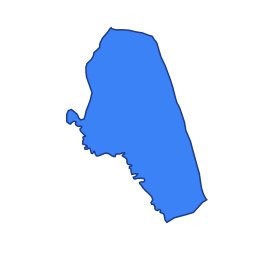 Bokon, Grand Kru, Liberia, rotated 255°
{"feature_id": "62588387B4912984440097", "entity_name": "Bokon", "entity_type": "district", "adm_level": 2, "iso_a3": "LBR", "parent_name": "Liberia", "parent_adm1": "Grand Kru", "projection": "robinson", "projection_center": [-8.486, 5.036], "detail": "fine", "context": "isolated", "style": "filled", "palette": "blue", "viewbox_px": 256, "rotation_deg": 255, "n_neighbors": 0, "source": "geoboundaries", "source_scale": "gbopen_adm2", "svg_char_len": 2664}
<svg xmlns="http://www.w3.org/2000/svg" viewBox="0 0 256 256"><g transform="rotate(255 128 128)"><path d="M153.3,71.3L152.8,71.2L149.9,70.5L147.6,72.1L147.2,72.7L146.7,73.5L147.9,75.4L148.4,76.8L148.4,78.0L147.5,79.2L146.6,79.0L145.6,78.2L144.2,78.6L142.8,79.9L142.3,81.0L142.0,82.6L141.4,83.7L140.5,83.3L139.8,81.7L138.5,81.2L136.8,81.6L134.8,82.8L133.5,83.5L131.9,84.7L131.1,84.7L131.2,83.1L130.8,82.2L129.8,81.9L128.5,82.3L127.5,81.2L126.2,80.7L124.6,80.2L123.8,80.3L123.3,81.9L122.2,83.0L121.0,84.0L120.2,83.8L120.8,82.7L120.6,81.6L119.8,80.9L118.7,81.0L118.2,82.3L118.1,83.5L118.6,85.2L118.1,85.9L117.1,86.2L115.3,86.0L113.1,86.1L112.5,86.9L113.1,88.0L114.3,89.2L114.0,89.6L111.7,89.6L110.9,89.7L109.3,90.3L108.9,91.0L108.8,93.0L109.1,95.3L109.5,98.4L109.5,100.1L108.7,102.0L107.5,103.4L105.5,105.1L104.0,107.1L103.7,108.2L104.8,108.8L105.9,109.7L105.5,111.7L105.1,112.9L105.1,114.5L105.3,115.9L105.1,118.2L104.0,118.2L103.5,116.4L102.9,115.4L102.3,115.4L101.3,116.4L100.7,117.1L98.9,118.4L97.9,118.9L96.3,118.4L94.3,118.1L92.9,118.7L92.1,120.4L91.0,121.9L90.1,121.0L90.4,119.5L88.9,118.9L87.9,119.9L86.9,120.2L85.2,119.7L83.0,119.7L82.2,119.7L82.1,120.8L82.0,122.8L81.4,124.1L81.2,125.4L80.2,124.5L79.6,123.6L79.1,121.8L79.1,120.4L77.8,120.4L76.9,121.4L76.9,124.2L76.3,126.7L75.8,128.2L75.1,130.2L74.4,130.6L73.0,130.5L72.0,129.4L72.2,127.8L72.6,126.1L72.4,125.1L71.2,124.9L68.9,126.3L67.0,126.6L65.4,127.5L63.1,128.6L60.8,130.2L59.1,131.2L56.1,132.9L53.8,133.3L52.1,133.2L50.9,131.9L49.9,130.9L48.9,131.0L48.2,131.2L47.7,132.7L47.5,133.3L46.2,133.2L45.1,133.9L44.8,133.6L42.9,133.1L41.3,133.9L40.7,135.1L40.9,136.2L41.1,137.5L40.3,138.1L39.3,138.0L38.6,137.2L38.2,137.5L37.8,137.6L36.4,139.8L35.6,140.3L33.7,140.3L31.4,140.2L29.8,140.0L28.8,140.3L26.8,141.1L29.3,149.6L29.3,161.4L29.5,167.7L29.5,169.3L32.2,173.5L37.0,180.8L38.3,185.5L39.9,184.8L44.4,183.7L50.9,183.4L56.4,184.0L65.7,185.1L73.4,184.9L81.7,184.9L92.5,184.8L98.4,184.9L110.9,183.2L118.5,184.0L124.9,183.7L125.3,183.7L134.5,183.0L140.1,181.7L140.9,181.7L145.3,181.6L155.7,181.8L164.8,181.3L169.7,180.8L177.8,180.1L188.2,178.2L195.4,178.0L202.2,177.8L204.6,177.2L206.8,176.1L210.2,175.2L212.7,171.3L216.2,166.4L218.7,160.7L222.2,154.2L224.4,147.7L225.9,141.8L228.0,138.1L229.2,137.7L228.6,136.4L225.4,132.6L221.6,126.9L217.8,123.4L215.8,122.3L213.2,121.4L211.2,117.9L209.8,114.8L206.1,112.9L203.4,109.9L203.2,109.5L200.9,105.1L197.8,103.2L192.5,101.8L187.6,101.2L175.6,102.1L171.6,102.5L164.6,98.7L159.5,95.1L155.4,92.0L151.5,90.1L147.9,87.7L148.1,84.3L150.6,83.0L154.1,82.6L158.2,79.9L160.5,78.0L160.2,74.9L157.1,72.4L153.3,71.3Z" fill="#3b82f6" stroke="#1e3a8a" stroke-width="1.5"/></g></svg>